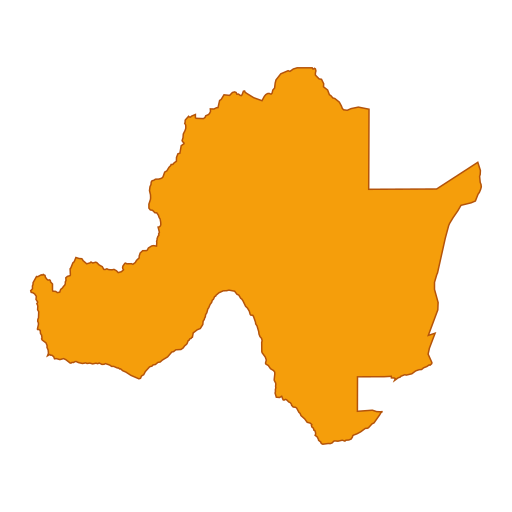 Las Heras, Mendoza, Argentina (Equal Earth projection)
{"feature_id": "61730980B92952848138392", "entity_name": "Las Heras", "entity_type": "district", "adm_level": 2, "iso_a3": "ARG", "parent_name": "Argentina", "parent_adm1": "Mendoza", "projection": "equal_earth", "projection_center": [-69.707, -32.525], "detail": "fine", "context": "isolated", "style": "filled", "palette": "amber", "viewbox_px": 512, "rotation_deg": 0, "n_neighbors": 0, "source": "geoboundaries", "source_scale": "gbopen_adm2", "svg_char_len": 5975}
<svg xmlns="http://www.w3.org/2000/svg" viewBox="0 0 512 512"><path d="M430.0,365.2L431.7,363.7L431.9,362.6L428.1,354.1L429.4,348.2L435.1,333.2L428.3,335.4L437.8,309.9L438.1,302.5L434.5,289.4L434.5,282.3L436.8,274.5L437.5,273.0L445.3,238.1L448.7,225.5L449.6,223.4L453.1,217.6L457.8,210.8L461.0,205.3L471.2,202.8L475.4,201.0L478.0,194.3L479.4,192.3L480.7,189.1L481.3,186.8L481.0,184.4L480.2,182.4L479.6,176.4L480.2,174.4L480.4,170.5L477.8,162.3L436.6,189.0L368.7,189.3L369.0,109.2L358.4,107.1L351.1,108.6L347.2,110.3L343.6,109.8L342.3,108.4L341.4,106.0L339.3,102.1L334.8,98.5L332.9,98.0L330.8,95.6L329.4,94.7L327.6,90.0L323.5,86.8L323.7,83.8L321.5,79.3L319.1,78.9L315.4,75.1L315.4,73.0L315.9,70.9L315.4,68.9L314.5,68.3L313.6,69.0L312.9,69.0L312.2,67.8L297.2,67.8L293.3,69.0L289.9,71.4L288.1,70.7L280.8,73.8L276.0,79.9L275.2,83.0L274.6,88.0L272.8,90.1L272.1,93.1L271.0,94.2L269.1,93.4L267.4,93.6L265.7,94.7L264.3,96.4L262.0,100.7L253.7,97.7L246.4,93.2L245.0,92.1L244.6,91.0L243.4,91.2L242.2,94.5L241.4,95.6L240.2,95.4L238.5,94.1L236.9,94.2L236.1,92.5L234.6,91.9L232.4,92.5L229.6,95.4L224.0,94.8L221.2,99.4L219.6,100.5L218.0,107.6L216.6,107.7L213.9,109.0L210.3,108.9L210.5,111.4L209.8,113.0L208.6,114.5L205.7,115.8L205.0,117.5L203.4,118.6L196.2,118.3L195.4,117.7L195.4,114.5L191.6,116.1L190.5,117.1L189.1,116.9L188.6,116.3L185.8,119.4L185.2,120.2L185.1,122.5L184.7,123.3L185.7,125.0L185.8,128.2L185.1,130.4L183.3,134.0L183.0,137.8L182.1,140.6L182.6,141.6L183.9,142.9L184.0,143.7L181.2,145.7L179.9,153.2L177.9,153.8L176.5,157.4L176.4,161.3L174.3,162.7L172.8,164.4L171.1,164.5L170.7,165.6L169.0,167.3L166.8,170.9L164.7,172.1L163.0,176.9L161.7,178.2L158.8,179.1L155.4,179.2L154.0,180.2L152.0,180.8L151.2,182.1L151.0,184.5L150.0,186.7L149.5,190.6L150.5,194.8L150.6,198.1L150.4,199.6L148.9,204.1L148.9,208.1L150.3,209.9L152.5,210.3L155.0,212.8L156.7,212.8L158.3,215.1L159.2,217.6L160.1,219.0L160.7,222.3L160.8,224.8L160.3,226.0L159.4,226.9L158.1,227.1L159.4,232.3L158.6,234.0L158.9,235.1L157.9,236.4L157.1,238.6L157.1,239.8L156.6,241.3L156.8,242.6L156.5,246.1L153.5,245.6L151.6,246.0L148.4,248.0L147.3,250.1L146.5,250.6L142.7,250.7L140.2,253.0L139.2,256.0L139.2,257.8L136.5,260.4L135.3,262.5L132.9,264.3L131.5,263.7L126.8,263.8L125.6,263.1L124.9,263.3L123.0,265.9L122.6,267.3L122.8,268.6L123.5,269.8L121.4,271.7L118.2,272.6L116.5,270.8L114.0,269.4L112.1,269.8L109.7,269.7L108.2,269.5L106.9,268.8L105.1,269.5L103.8,269.4L102.3,266.7L99.1,264.9L96.8,262.6L95.7,262.2L92.7,263.0L91.0,262.0L90.0,262.9L86.7,263.8L82.9,260.5L82.4,259.3L81.7,258.7L79.1,258.5L75.9,257.5L74.2,261.7L72.9,262.8L70.8,268.0L70.1,268.8L70.4,274.9L70.1,275.6L67.4,276.4L65.8,277.8L66.0,280.4L65.3,281.9L65.3,283.6L64.8,285.0L63.3,286.6L62.6,287.8L60.7,289.4L59.7,292.2L57.3,292.6L55.7,291.4L52.9,291.2L52.5,290.0L52.5,284.0L50.6,282.0L50.4,280.8L49.7,279.9L48.1,280.1L47.1,279.5L45.4,277.2L45.0,275.4L43.4,274.6L43.1,273.9L43.1,274.9L41.8,275.1L41.3,274.8L37.7,276.7L36.5,276.5L33.1,282.6L33.0,284.6L32.4,286.0L32.5,288.8L30.7,290.7L31.2,292.4L32.8,292.7L34.6,293.9L36.3,296.3L36.0,299.4L37.6,301.9L37.6,302.5L36.8,303.8L37.3,304.3L37.8,306.2L37.6,309.7L38.7,311.7L38.5,317.9L37.9,319.2L37.7,321.2L38.4,322.9L38.4,324.7L37.4,329.1L37.6,329.5L38.9,329.5L40.2,330.4L40.5,333.5L41.6,335.2L42.0,338.2L41.6,338.8L42.2,340.0L46.0,342.9L47.1,345.6L47.0,347.4L48.1,349.9L48.4,352.6L48.3,353.7L47.5,355.8L49.8,354.5L50.6,355.2L51.9,355.2L53.7,356.7L54.5,358.8L56.4,358.6L59.9,359.6L63.6,358.6L65.9,359.7L70.1,363.0L71.0,363.1L72.0,362.4L73.5,362.5L75.0,361.6L76.1,361.5L78.5,362.6L82.5,363.5L85.7,362.9L87.1,363.5L89.8,363.1L92.6,363.9L96.0,363.2L97.7,363.7L99.2,363.0L101.9,364.4L104.0,364.3L105.5,363.6L109.8,365.1L111.6,366.4L113.7,366.4L117.4,368.0L118.3,367.9L119.7,369.0L120.5,368.8L122.7,370.7L125.9,372.1L131.0,375.4L138.9,378.8L140.5,378.3L141.5,376.0L143.7,374.7L145.3,371.6L149.6,366.8L152.0,366.1L153.1,364.9L155.4,364.5L157.9,362.4L160.2,362.0L162.3,360.1L167.6,356.9L171.8,352.0L173.6,351.6L175.8,349.8L180.9,349.5L183.1,348.0L184.7,345.8L186.3,344.5L187.0,343.7L188.2,340.6L189.1,340.2L189.7,338.9L191.1,338.4L191.7,337.4L192.4,337.2L193.2,332.9L197.2,329.8L200.3,328.5L202.8,324.5L203.1,321.2L204.2,319.6L204.8,317.6L205.3,317.0L205.6,314.7L206.8,312.8L207.8,309.0L208.7,307.8L210.1,304.4L211.6,302.5L212.3,300.2L213.4,299.3L214.6,296.6L215.7,296.1L216.0,295.3L218.9,292.8L223.3,290.8L226.7,290.7L228.9,290.1L234.6,291.2L237.0,294.3L238.8,295.1L240.7,298.3L241.8,299.1L242.9,300.7L245.6,306.3L247.4,308.0L249.3,311.2L250.2,314.4L250.8,315.1L252.8,315.3L253.6,316.7L255.5,322.2L255.7,323.9L257.0,325.9L258.7,331.6L259.0,334.1L260.0,336.6L261.5,338.3L261.9,339.7L262.1,340.8L261.7,342.3L261.8,351.5L262.1,352.7L265.3,357.1L265.8,358.6L266.3,360.0L265.5,363.1L265.9,364.1L268.3,365.5L270.5,368.7L273.6,370.6L274.7,372.1L274.8,374.0L274.2,379.5L274.3,380.5L275.6,382.9L275.8,384.0L275.6,386.4L275.8,387.8L275.3,390.0L275.5,391.0L275.1,393.1L276.3,397.2L279.5,397.5L281.7,396.3L283.1,399.8L284.0,400.1L285.4,399.4L286.5,399.7L288.8,402.0L290.3,402.7L291.4,404.2L291.6,405.3L293.2,407.0L295.5,407.3L296.6,408.0L298.9,412.3L300.1,413.4L301.0,415.6L304.7,418.9L307.2,422.3L310.2,423.1L311.8,424.6L311.4,425.4L311.9,427.0L313.4,428.2L313.9,430.2L314.8,430.5L315.4,432.1L315.7,434.0L315.1,435.3L317.2,436.9L318.4,439.3L318.6,440.3L320.8,442.1L320.9,442.9L322.0,443.9L322.8,444.2L328.2,443.5L330.3,443.6L332.3,442.8L333.6,441.3L334.8,440.9L337.9,441.2L342.3,440.2L344.9,441.1L345.9,440.2L348.8,440.0L351.2,439.0L352.5,436.9L352.7,435.8L353.3,435.2L357.0,433.8L360.7,431.8L365.3,428.4L367.2,428.3L368.4,427.8L372.1,423.8L374.0,422.9L379.7,414.8L380.9,412.7L382.5,411.5L380.7,411.8L376.6,411.6L372.4,410.2L357.4,411.3L357.5,376.8L384.3,376.7L391.3,376.3L391.4,377.9L394.3,378.0L395.3,378.6L394.5,380.5L398.2,377.8L400.2,377.1L400.8,376.3L404.8,374.7L406.2,375.1L411.8,373.8L415.7,370.9L419.1,369.7L421.6,369.5L423.6,367.8L426.9,366.5L429.2,364.9L430.0,365.2Z" fill="#f59e0b" stroke="#b45309" stroke-width="1.5"/></svg>